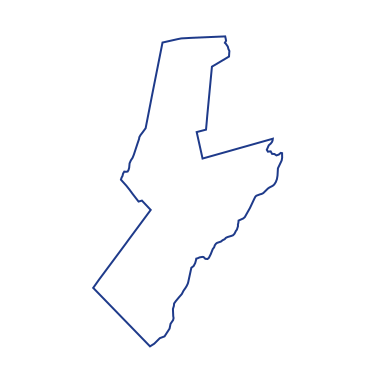 the district of Apodi, Rio Grande do Norte, Brazil, rotated 188°
{"feature_id": "56859067B42378409662171", "entity_name": "Apodi", "entity_type": "district", "adm_level": 2, "iso_a3": "BRA", "parent_name": "Brazil", "parent_adm1": "Rio Grande do Norte", "projection": "equal_earth", "projection_center": [-37.896, -5.629], "detail": "fine", "context": "isolated", "style": "outline", "palette": "blue", "viewbox_px": 384, "rotation_deg": 188, "n_neighbors": 0, "source": "geoboundaries", "source_scale": "gbopen_adm2", "svg_char_len": 1886}
<svg xmlns="http://www.w3.org/2000/svg" viewBox="0 0 384 384"><g transform="rotate(188 192 192)"><path d="M110.4,213.5L109.7,216.6L109.6,220.1L110.2,227.4L107.6,235.7L107.5,238.5L108.2,243.0L109.5,243.1L111.3,241.1L113.5,240.0L115.7,241.1L118.0,240.9L119.8,243.2L122.4,242.5L123.8,244.2L122.5,248.9L120.7,251.0L119.8,252.6L119.4,254.1L119.4,256.0L144.8,244.8L151.2,242.0L159.8,238.2L164.8,236.0L186.2,226.6L195.1,250.4L195.7,252.0L186.8,255.7L187.2,263.9L187.5,269.3L189.7,318.9L174.2,331.3L174.5,335.1L174.6,336.8L175.8,338.6L176.8,341.0L177.9,342.2L179.2,343.6L180.2,344.3L179.3,346.5L180.0,348.6L180.8,350.7L214.4,344.5L224.0,342.6L227.7,341.3L242.0,335.9L243.4,311.0L245.0,282.7L245.9,265.5L246.8,248.7L249.2,244.2L250.9,241.2L251.8,238.9L251.8,237.2L252.7,232.5L254.8,220.8L255.6,217.6L256.9,214.9L257.8,211.7L257.6,207.4L257.9,205.0L258.6,203.3L260.2,202.8L261.9,202.8L262.8,200.7L263.1,198.0L263.7,196.6L264.1,194.3L258.0,189.2L254.3,185.7L250.7,182.0L243.6,175.1L240.4,176.5L230.4,168.5L248.4,135.4L250.3,131.8L258.1,117.5L271.8,92.4L276.5,83.3L212.1,33.3L208.3,36.5L203.5,42.8L199.1,45.2L195.2,53.6L194.9,58.5L192.9,62.5L192.7,64.6L193.3,66.4L194.6,73.5L194.1,76.6L194.2,79.1L192.9,81.6L190.2,86.0L187.9,89.5L186.6,93.2L185.3,95.7L184.3,97.9L183.4,100.7L183.2,102.2L182.1,116.9L180.1,118.9L179.0,121.9L178.6,124.7L178.5,126.6L177.3,127.1L175.4,128.3L172.6,129.2L171.5,129.2L169.5,127.7L167.3,127.8L166.1,129.2L164.8,133.0L163.5,138.4L162.4,140.3L162.0,142.4L161.1,144.1L160.1,145.1L156.5,146.9L155.0,148.5L153.1,149.8L152.1,151.3L150.6,152.3L146.7,154.1L145.3,154.9L144.1,156.6L143.1,159.6L142.3,161.0L141.7,164.6L142.0,166.1L141.8,167.9L141.9,170.2L137.6,172.9L136.2,174.5L132.4,184.2L129.4,193.9L128.6,196.2L127.7,197.3L124.0,199.3L122.9,199.7L121.3,200.8L117.3,206.0L116.0,207.2L112.9,209.4L111.6,210.9L110.4,213.5Z" fill="none" stroke="#1e3a8a" stroke-width="2"/></g></svg>